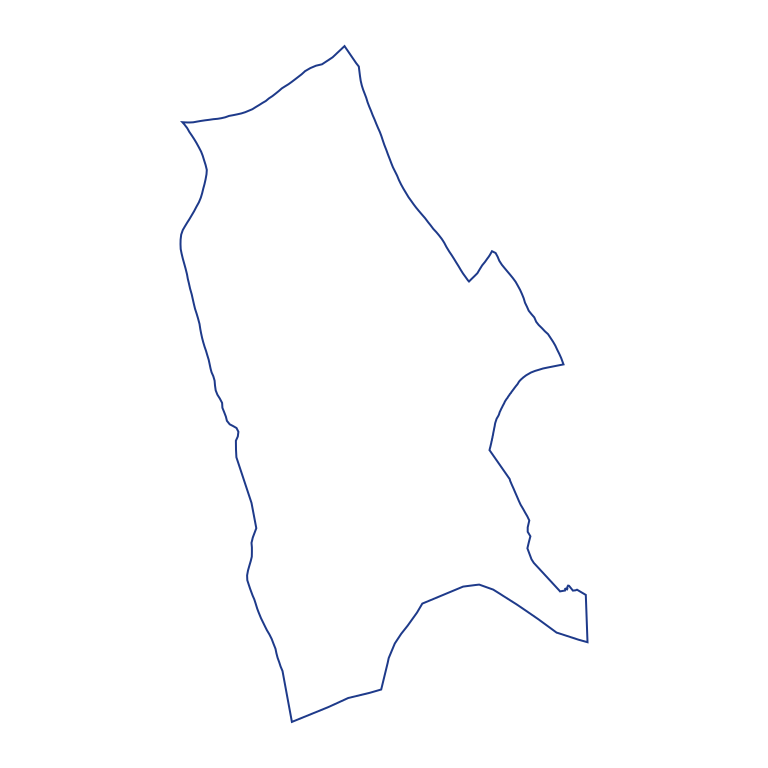 Mahliyah, Ma'rib, Yemen
{"feature_id": "15242507B61225716368783", "entity_name": "Mahliyah", "entity_type": "district", "adm_level": 2, "iso_a3": "YEM", "parent_name": "Yemen", "parent_adm1": "Ma'rib", "projection": "natural_earth1", "projection_center": [45.191, 14.667], "detail": "fine", "context": "isolated", "style": "outline", "palette": "blue", "viewbox_px": 768, "rotation_deg": 0, "n_neighbors": 0, "source": "geoboundaries", "source_scale": "gbopen_adm2", "svg_char_len": 4935}
<svg xmlns="http://www.w3.org/2000/svg" viewBox="0 0 768 768"><path d="M585.8,594.9L577.0,589.7L575.6,590.3L572.9,590.6L569.6,586.5L569.0,585.8L568.1,585.6L567.7,586.2L567.2,587.6L567.4,588.7L567.0,589.4L565.8,588.6L565.2,588.8L565.0,590.5L560.0,591.4L559.3,590.5L533.8,562.9L531.5,559.3L529.7,554.5L527.4,548.3L528.8,542.4L530.4,536.3L527.7,531.8L527.7,530.0L527.7,527.4L529.3,520.5L527.3,516.3L525.2,512.7L523.1,508.9L520.6,504.7L518.8,500.8L517.1,496.8L515.3,492.7L513.6,488.7L511.7,484.5L510.1,480.7L509.7,479.1L489.5,450.1L489.6,449.9L489.9,448.4L490.3,447.0L490.6,445.7L490.9,444.4L491.2,443.2L491.5,441.6L491.9,440.2L492.0,439.2L492.4,437.8L492.6,436.4L493.0,434.9L493.1,434.0L493.4,432.4L493.8,430.5L494.1,428.8L494.3,427.8L494.6,426.5L494.8,425.4L494.9,424.6L495.2,423.1L495.8,421.2L496.1,420.4L496.4,419.3L496.9,418.2L497.4,417.5L497.8,416.7L498.3,415.9L498.7,415.1L499.1,414.1L499.4,413.1L499.7,412.1L500.3,410.9L500.8,409.8L501.3,408.7L501.9,407.6L502.4,406.6L502.9,405.5L503.5,404.5L504.1,403.3L504.5,402.5L504.8,401.7L505.8,400.1L506.3,399.4L506.8,398.6L507.4,398.0L508.1,396.7L509.0,395.5L509.5,394.8L509.6,394.5L510.2,393.7L510.9,393.0L511.2,392.4L511.9,391.4L512.4,390.8L513.1,389.8L513.6,389.2L514.3,388.2L515.3,386.9L516.3,385.6L517.0,384.8L517.6,384.0L518.0,383.4L518.4,382.6L518.8,382.0L519.3,381.3L519.9,380.6L520.5,380.0L521.1,379.4L521.6,378.9L522.5,378.2L523.3,377.4L524.6,376.5L525.3,375.9L525.9,375.5L526.3,375.2L531.0,372.5L535.1,370.9L538.8,369.8L543.0,368.5L547.3,367.6L563.5,364.4L561.2,358.1L559.3,353.9L557.3,349.9L555.3,345.6L553.1,341.8L550.4,337.7L548.0,334.1L544.9,331.3L541.9,328.1L538.7,325.0L536.2,321.8L534.3,317.4L531.5,314.2L528.7,310.7L527.0,306.8L525.0,302.7L523.7,298.3L522.0,294.1L520.1,289.9L517.7,285.5L515.6,281.8L512.8,278.0L510.2,274.8L507.5,271.6L504.5,268.0L501.8,264.7L499.3,260.8L497.6,256.7L495.6,253.0L492.0,251.2L490.6,253.7L489.8,255.1L488.4,257.2L487.4,258.5L485.0,261.9L482.2,265.3L479.7,269.3L477.4,273.2L474.5,276.1L471.6,278.9L469.0,281.5L467.9,280.3L465.4,276.8L463.0,273.5L460.8,270.0L458.5,266.1L456.3,262.6L454.1,259.0L451.7,255.2L449.2,251.5L446.4,246.9L444.2,242.7L441.9,239.1L438.9,235.2L436.3,232.1L433.3,228.9L430.6,225.3L428.1,222.2L425.1,218.2L421.8,214.4L418.9,211.0L416.1,207.6L413.6,204.3L411.2,200.9L408.6,197.3L406.0,193.0L403.3,188.5L401.1,184.5L398.9,180.0L397.1,175.6L394.9,171.2L392.9,167.2L391.3,163.2L389.8,159.2L388.0,154.6L386.3,149.9L385.0,146.6L384.3,144.8L382.8,140.4L381.4,136.1L379.9,132.1L378.1,128.1L376.2,123.6L374.6,119.6L372.6,115.0L371.0,110.8L369.2,106.5L367.6,102.3L366.2,97.7L364.6,93.5L363.1,89.6L361.8,85.5L360.7,80.8L360.0,76.1L359.4,71.3L358.8,66.5L356.2,63.2L344.5,46.1L332.6,57.3L322.0,64.3L316.0,65.7L310.3,68.1L304.8,71.3L304.6,71.6L301.6,74.3L298.5,76.7L295.0,79.4L291.7,81.9L288.5,84.2L285.1,86.3L282.1,88.2L281.8,88.4L278.7,91.1L275.6,93.6L272.4,96.1L268.9,98.4L265.8,101.0L262.5,102.9L259.2,105.0L255.7,107.1L252.4,109.2L248.8,110.7L245.2,112.2L241.4,113.4L237.4,114.3L233.0,115.2L229.1,115.9L225.2,117.3L221.3,118.2L217.6,118.8L213.3,119.2L209.2,119.8L205.2,120.3L201.1,120.9L197.0,121.6L193.2,122.3L189.2,122.5L185.4,122.4L182.4,122.2L184.2,124.2L187.2,128.1L189.4,132.0L192.0,135.8L194.4,139.5L196.5,143.0L198.8,147.2L201.1,151.6L202.7,155.7L204.3,160.9L205.6,165.0L206.8,169.9L206.5,174.2L205.6,179.2L204.5,184.1L203.3,188.5L202.1,193.4L200.8,197.7L198.9,202.3L196.5,206.6L194.1,211.2L191.8,215.1L189.5,219.0L187.2,222.6L184.9,226.4L182.8,230.0L181.2,234.6L180.6,239.6L180.5,244.1L180.7,249.1L181.6,253.6L182.8,258.6L184.2,263.6L185.6,268.7L187.0,274.3L187.8,278.8L188.8,282.9L190.1,288.7L191.7,294.3L192.7,298.8L193.9,304.1L195.0,308.7L196.6,313.6L198.0,318.3L199.2,322.8L199.4,323.5L199.5,323.9L200.3,329.1L201.1,333.3L202.1,337.9L203.2,342.1L204.6,346.8L206.0,350.8L207.2,354.9L208.7,359.8L209.6,364.0L210.5,368.3L210.9,369.9L211.6,372.4L213.3,376.2L214.6,380.7L215.0,385.5L215.7,390.4L217.4,394.7L219.8,398.5L222.1,402.9L222.2,404.3L222.4,407.8L224.1,412.0L225.9,416.7L226.9,420.8L229.7,424.3L233.0,426.0L236.5,428.0L238.4,431.8L237.8,436.5L235.9,440.7L236.0,449.6L236.4,457.3L251.5,502.9L256.3,528.2L252.8,537.5L251.5,542.9L251.9,547.5L251.9,552.0L251.8,556.7L250.8,560.8L249.3,565.9L248.0,570.5L247.1,575.4L247.3,580.2L248.8,584.8L250.2,589.0L252.6,595.5L254.3,599.4L255.6,603.4L257.2,608.6L257.8,610.2L258.4,611.8L259.0,613.3L261.0,618.2L263.0,622.3L265.0,626.4L266.9,630.2L269.4,634.4L271.7,639.0L273.6,644.0L275.5,648.8L276.4,653.2L277.6,657.8L279.2,662.2L280.6,666.5L282.5,671.0L291.9,721.9L328.3,707.1L348.2,698.0L369.8,692.8L381.2,689.5L387.7,662.8L388.7,658.1L394.8,643.5L401.2,633.8L407.7,625.6L412.7,618.6L417.0,612.6L422.3,603.6L463.1,586.6L475.6,585.0L479.2,584.6L493.2,589.6L500.1,593.9L503.5,596.1L513.0,602.1L516.5,604.3L527.4,611.7L528.1,612.2L538.0,619.0L542.1,622.0L545.8,624.7L556.7,632.7L557.3,632.8L578.5,639.7L587.5,642.2L585.8,594.9Z" fill="none" stroke="#1e3a8a" stroke-width="2"/></svg>